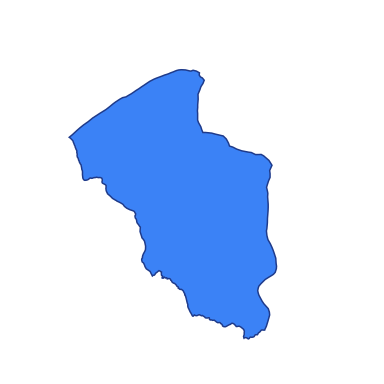 Phaxay, Xiangkhoang, Laos (Equal Earth projection), rotated 31°
{"feature_id": "54806243B24491870004001", "entity_name": "Phaxay", "entity_type": "district", "adm_level": 2, "iso_a3": "LAO", "parent_name": "Laos", "parent_adm1": "Xiangkhoang", "projection": "equal_earth", "projection_center": [103.113, 19.269], "detail": "fine", "context": "isolated", "style": "filled", "palette": "blue", "viewbox_px": 384, "rotation_deg": 31, "n_neighbors": 0, "source": "geoboundaries", "source_scale": "gbopen_adm2", "svg_char_len": 6045}
<svg xmlns="http://www.w3.org/2000/svg" viewBox="0 0 384 384"><g transform="rotate(31 192 192)"><path d="M300.4,283.7L301.1,283.0L301.6,282.7L303.3,282.6L306.7,283.1L307.4,283.4L307.8,283.8L308.2,284.0L308.6,284.4L309.4,286.1L309.8,286.6L310.1,287.2L310.5,288.9L310.7,289.5L311.2,289.8L311.5,290.0L311.6,290.4L311.8,290.5L311.8,290.4L312.3,289.7L312.8,289.3L313.7,288.9L314.3,288.8L315.0,289.0L315.6,288.9L316.1,288.8L316.3,288.5L316.5,287.8L316.5,287.2L316.7,286.5L317.1,286.1L318.2,285.7L319.1,284.8L319.5,284.4L319.7,283.8L319.7,282.4L319.9,281.8L320.2,281.4L321.0,281.0L321.6,280.6L321.6,279.8L321.5,279.0L321.6,278.4L322.1,277.3L322.3,276.7L322.4,275.5L322.5,275.0L322.7,274.6L323.1,274.2L325.1,273.2L325.4,272.8L325.3,272.7L324.9,268.8L323.6,263.6L321.9,257.4L320.1,255.0L317.4,252.7L311.2,250.8L308.2,249.4L302.5,246.0L300.7,244.4L299.1,242.7L298.2,240.1L297.8,238.3L298.3,235.2L299.8,229.3L301.5,225.9L303.3,222.5L304.2,220.6L304.7,218.0L303.8,214.3L302.7,212.1L300.8,209.8L297.9,205.6L293.9,202.1L291.5,200.1L289.4,198.5L285.9,196.1L281.6,193.7L278.6,190.7L275.8,187.0L275.1,185.0L272.5,179.6L270.3,175.8L266.9,169.0L265.2,165.9L263.5,163.1L259.3,157.2L257.7,154.1L256.2,152.4L253.5,149.6L252.9,147.3L251.9,143.1L251.4,139.3L249.5,136.1L247.5,133.6L246.8,127.9L241.7,125.3L234.8,124.1L231.9,124.2L230.4,125.2L227.2,127.2L222.5,127.6L220.0,128.7L213.4,131.1L208.3,132.2L203.8,132.5L200.5,133.3L198.1,131.3L194.1,128.9L189.9,127.9L182.4,130.3L178.5,131.4L173.2,133.9L170.7,135.4L168.4,133.7L165.9,131.5L161.9,129.2L159.8,127.5L156.4,121.8L154.8,119.6L153.4,116.7L152.0,114.4L149.5,109.3L146.8,105.1L146.1,100.3L145.4,97.2L145.5,93.2L144.9,89.9L142.1,88.9L139.9,89.0L137.9,88.0L137.0,86.0L133.5,86.1L130.2,87.1L128.9,88.8L128.0,89.3L123.6,90.7L120.0,92.6L117.8,94.2L116.3,95.7L115.2,97.1L114.3,98.4L113.0,100.0L112.2,101.0L111.2,102.5L109.6,104.4L108.3,105.8L106.5,108.2L102.8,112.8L101.2,115.0L98.8,118.9L94.6,127.8L93.2,131.0L91.9,133.5L89.4,139.0L88.1,141.3L86.4,144.5L83.8,147.0L83.4,147.8L82.5,149.3L80.3,153.8L79.0,156.9L77.2,162.0L75.7,165.8L72.6,171.8L68.8,179.6L66.8,185.2L64.6,190.1L62.9,194.7L61.6,198.8L60.0,204.3L58.6,208.3L58.9,208.3L61.3,208.8L63.1,209.3L63.9,209.7L64.7,210.5L65.9,211.3L66.9,212.2L68.2,213.0L69.2,214.1L70.0,214.5L70.4,215.0L71.2,215.4L72.0,216.0L72.4,216.5L73.0,217.6L74.2,218.7L74.5,219.6L75.7,221.1L76.5,221.4L77.5,222.1L78.4,223.1L79.0,223.3L79.3,223.5L79.8,224.2L80.1,224.4L80.6,224.6L81.5,225.3L82.8,225.8L85.0,228.2L85.6,229.0L86.3,229.7L87.1,230.2L87.3,230.5L88.0,231.5L89.2,233.6L91.3,236.3L92.0,236.8L92.7,237.2L93.4,237.3L93.7,237.3L94.1,237.2L95.3,236.3L96.1,235.5L96.7,234.6L97.3,232.8L97.6,232.6L97.9,232.2L98.2,232.1L99.0,231.9L99.7,231.3L100.3,230.4L100.8,229.9L101.3,229.8L101.7,229.3L102.1,229.1L102.4,228.6L102.7,228.4L103.4,228.2L103.8,228.1L104.3,227.8L104.6,227.8L105.0,227.5L105.3,227.2L105.7,226.9L107.4,226.6L108.3,227.2L108.8,227.7L109.2,228.4L109.4,229.2L109.8,229.9L110.4,230.4L110.8,230.5L111.7,230.5L112.5,230.4L113.6,230.4L114.2,230.4L115.0,230.7L115.4,231.3L115.7,232.0L116.1,232.5L116.3,233.2L117.8,235.1L119.0,236.0L119.7,236.3L120.4,237.0L124.1,237.6L126.0,238.1L127.1,238.4L130.8,238.4L131.7,238.3L132.5,238.5L133.6,238.3L135.9,238.1L138.9,238.1L139.9,238.4L140.9,238.9L142.0,239.2L144.5,239.5L147.8,239.2L151.5,238.4L152.5,238.4L153.3,238.8L154.0,239.3L154.9,239.7L155.5,241.1L155.4,241.9L156.8,243.5L157.6,243.7L158.8,244.5L160.1,246.1L161.2,246.9L163.2,247.6L164.5,248.3L165.8,248.7L167.8,252.6L169.1,253.8L171.3,255.7L172.8,257.1L174.2,257.5L176.3,258.4L177.4,259.4L180.1,262.3L181.4,264.6L181.9,265.7L182.1,267.5L182.2,270.0L182.5,271.9L183.0,273.3L183.5,274.0L183.3,274.7L183.5,275.4L183.8,276.1L184.5,276.8L185.3,277.6L187.0,277.8L188.8,279.0L190.2,280.2L192.4,281.4L195.9,281.6L197.1,281.7L198.4,282.6L201.3,284.4L201.4,284.1L201.5,283.6L201.7,283.3L201.9,283.1L202.4,282.8L202.6,282.5L202.7,281.6L202.7,280.3L202.8,280.0L203.1,279.4L203.4,278.6L203.9,277.1L204.1,276.7L204.2,276.4L204.7,276.3L206.0,276.3L206.8,276.5L207.1,276.4L207.2,276.7L208.0,278.1L208.3,278.5L208.6,278.9L208.9,279.1L209.2,279.2L209.9,279.2L210.0,279.3L210.2,279.7L210.6,279.9L210.6,280.0L210.5,280.7L210.5,280.9L210.6,281.1L210.8,281.1L211.1,281.0L211.6,280.8L211.8,280.6L211.9,280.2L212.0,279.5L212.0,279.3L212.5,279.3L213.4,279.4L213.7,279.3L214.4,278.6L214.6,278.6L214.8,278.7L215.0,278.8L215.4,279.3L215.5,279.3L215.8,279.1L216.5,278.3L216.8,278.0L217.5,277.8L217.9,277.8L218.1,277.8L218.9,278.2L219.3,278.6L219.9,278.6L220.1,278.7L221.4,279.5L222.0,279.6L223.3,279.6L223.8,279.4L224.2,279.3L225.2,279.6L225.8,279.6L226.2,279.8L227.4,280.4L227.9,280.6L228.6,280.5L228.9,280.5L229.2,280.6L229.4,280.9L229.7,281.5L229.9,281.6L230.3,281.3L230.5,281.3L231.1,281.6L231.6,281.7L231.9,281.6L232.9,281.0L233.2,280.9L233.5,280.9L234.3,281.1L235.1,281.1L235.7,281.5L236.5,282.0L237.2,282.5L238.0,282.8L238.7,283.8L238.8,283.7L239.5,284.1L241.3,285.7L245.1,289.6L246.3,290.5L247.1,291.9L247.9,292.8L248.4,293.2L249.7,294.0L251.4,295.2L252.5,295.9L253.9,296.6L255.8,297.8L256.3,298.0L256.7,298.0L256.9,297.9L257.1,297.5L257.2,296.6L257.3,296.2L257.5,296.1L258.3,296.2L259.4,295.8L259.8,295.5L260.3,295.0L260.5,294.7L260.7,294.3L260.9,294.0L261.4,293.5L261.7,293.4L262.0,293.4L262.3,293.4L262.7,293.2L263.7,293.3L264.5,292.5L265.5,292.6L266.0,292.5L266.9,292.6L267.5,292.6L267.7,292.8L267.9,292.9L268.4,292.9L268.8,292.8L270.1,292.1L270.7,291.4L271.6,291.0L271.9,291.2L272.1,291.5L272.4,292.0L272.7,292.2L273.2,292.3L273.6,292.0L274.0,292.1L274.5,291.6L274.8,291.5L275.6,291.5L276.7,290.7L277.2,290.4L277.6,290.4L278.2,290.6L279.0,290.6L279.7,290.8L280.5,290.8L281.5,290.7L282.7,289.7L283.3,289.5L284.1,289.9L284.6,289.9L284.7,290.0L285.3,289.9L285.6,290.0L286.1,290.2L286.6,290.5L287.1,291.0L287.4,291.1L287.6,291.0L287.8,291.1L288.4,291.1L289.8,290.5L290.7,289.4L291.6,287.7L292.2,286.8L292.5,286.2L293.1,285.7L293.6,284.2L294.3,283.7L295.1,283.5L296.8,283.6L297.4,283.9L298.3,284.2L298.5,284.2L299.2,284.5L299.7,284.2L300.4,283.7Z" fill="#3b82f6" stroke="#1e3a8a" stroke-width="1.5"/></g></svg>